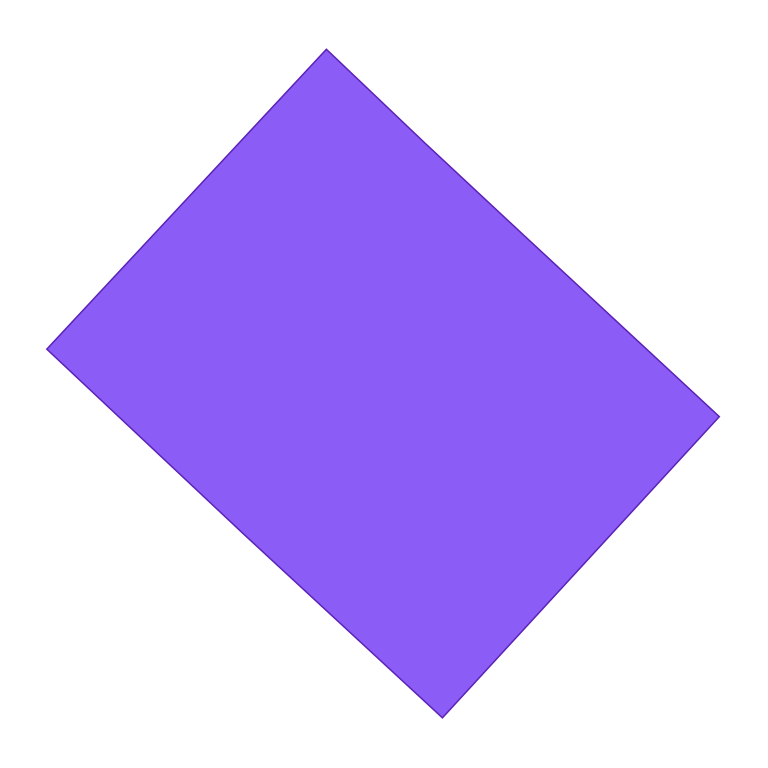 the district of Lucas, Iowa, United States of America, rotated 43°
{"feature_id": "52423323B52818697562643", "entity_name": "Lucas", "entity_type": "district", "adm_level": 2, "iso_a3": "USA", "parent_name": "United States of America", "parent_adm1": "Iowa", "projection": "albers", "projection_center": [-93.313, 41.03], "detail": "fine", "context": "isolated", "style": "filled", "palette": "violet", "viewbox_px": 768, "rotation_deg": 43, "n_neighbors": 0, "source": "geoboundaries", "source_scale": "gbopen_adm2", "svg_char_len": 266}
<svg xmlns="http://www.w3.org/2000/svg" viewBox="0 0 768 768"><g transform="rotate(43 384 384)"><path d="M654.4,588.3L651.5,179.2L383.1,179.9L249.5,179.9L113.6,178.5L113.6,588.5L383.6,589.5L654.4,588.3Z" fill="#8b5cf6" stroke="#5b21b6" stroke-width="1.5"/></g></svg>